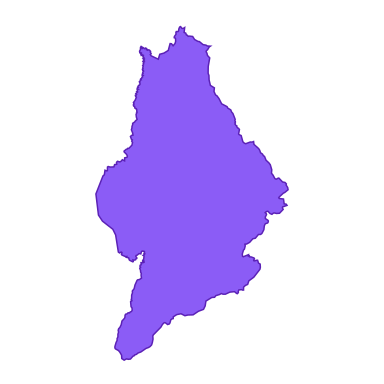 the district of Renacimiento, Chiriquí, Panama, rotated 178°
{"feature_id": "35544464B69135506248692", "entity_name": "Renacimiento", "entity_type": "district", "adm_level": 2, "iso_a3": "PAN", "parent_name": "Panama", "parent_adm1": "Chiriquí", "projection": "natural_earth1", "projection_center": [-82.783, 8.748], "detail": "fine", "context": "isolated", "style": "filled", "palette": "violet", "viewbox_px": 384, "rotation_deg": 178, "n_neighbors": 0, "source": "geoboundaries", "source_scale": "gbopen_adm2", "svg_char_len": 6062}
<svg xmlns="http://www.w3.org/2000/svg" viewBox="0 0 384 384"><g transform="rotate(178 192 192)"><path d="M268.0,28.0L265.7,26.3L263.3,27.5L261.4,27.0L259.3,27.2L256.8,29.9L255.3,30.5L255.1,31.1L253.2,31.7L251.5,33.0L248.7,33.9L243.4,37.3L240.9,38.1L239.3,39.0L237.7,40.6L236.9,42.9L236.1,46.3L236.2,49.5L235.6,50.6L227.9,57.9L226.2,60.6L224.7,62.1L223.8,62.4L223.0,62.1L221.0,60.4L219.3,60.9L218.6,61.9L217.6,65.1L216.4,65.9L215.2,66.1L215.1,67.9L211.5,70.0L207.2,70.7L203.4,68.6L200.5,69.2L195.2,69.2L189.7,72.6L184.6,74.3L182.8,77.7L181.9,82.5L175.9,85.9L173.1,86.0L171.8,87.6L168.0,88.6L166.3,89.5L164.6,88.8L162.2,88.7L157.7,90.6L153.0,90.9L151.0,89.1L150.3,88.8L149.2,89.8L149.2,91.2L148.6,92.5L146.0,92.7L144.9,92.2L143.9,92.2L143.8,94.7L143.5,95.4L141.8,96.8L139.6,97.7L138.3,101.2L133.2,104.7L126.8,112.4L126.3,114.4L126.4,117.6L128.0,118.6L128.8,121.5L129.4,121.6L131.8,121.0L132.7,121.2L132.8,121.8L131.9,123.0L132.3,123.9L135.0,125.0L136.8,125.2L136.9,126.2L137.9,126.0L137.7,127.4L143.0,125.5L143.7,125.9L143.9,128.2L142.6,132.1L141.6,133.1L140.7,136.2L140.9,138.0L139.2,138.1L136.1,139.7L132.9,143.1L130.3,143.6L127.1,147.2L124.9,147.2L123.6,148.1L121.5,151.8L120.9,155.6L120.2,157.2L119.6,157.8L117.5,158.4L117.0,159.1L116.7,160.3L117.0,161.0L119.6,162.9L119.6,164.5L118.3,166.8L118.5,167.7L119.6,168.8L119.1,169.3L117.6,170.1L116.7,170.0L114.8,167.8L112.9,166.9L111.5,168.0L110.5,168.2L108.3,167.6L105.3,167.7L101.5,171.4L102.2,173.0L102.0,173.9L97.5,175.3L98.2,176.5L100.3,177.0L100.8,181.8L105.0,182.5L105.5,183.2L104.9,184.1L100.7,187.7L99.4,188.2L95.9,190.9L96.2,193.1L97.7,195.7L97.4,196.8L98.7,198.3L101.2,198.9L104.6,202.8L105.3,202.9L107.2,201.9L108.3,202.2L108.9,202.9L110.4,206.0L111.9,208.0L111.5,211.4L112.8,216.5L114.1,218.4L116.9,221.2L118.3,225.1L119.3,225.7L120.3,227.5L122.1,228.8L122.9,231.4L123.9,233.1L128.4,237.4L128.7,240.3L130.1,239.8L132.1,239.9L136.6,238.4L137.9,238.9L139.4,240.4L140.9,246.7L142.9,247.7L143.4,248.4L142.4,252.8L143.3,254.1L144.3,254.5L145.0,255.9L144.9,256.5L145.7,256.9L146.7,258.5L146.2,259.5L146.6,260.0L146.2,260.9L146.7,261.9L146.3,263.1L148.4,269.1L149.6,270.5L150.4,272.7L153.3,274.6L154.0,276.1L159.3,279.1L161.8,284.5L163.8,287.4L164.9,288.0L165.3,288.7L166.5,291.7L166.0,295.3L169.9,297.9L171.0,303.4L171.0,307.9L171.7,309.9L171.7,311.0L171.4,316.9L169.6,325.4L171.8,328.0L172.2,330.2L173.0,331.6L172.8,332.5L171.4,333.7L169.7,336.4L168.6,337.1L171.6,337.4L172.9,338.3L175.8,338.9L179.4,342.1L180.8,342.3L184.1,344.3L185.9,347.4L189.1,347.9L190.4,347.7L191.1,348.8L192.1,349.1L192.7,351.0L194.3,351.7L193.6,356.6L194.8,355.9L196.1,355.8L196.6,356.1L197.6,357.7L198.6,357.3L199.4,355.6L199.9,353.2L200.4,352.8L202.1,352.9L202.5,352.1L202.5,350.2L204.2,348.0L204.4,346.8L203.3,346.3L203.1,345.7L203.1,343.0L203.8,341.0L205.8,338.8L207.3,340.9L208.7,341.1L210.8,334.3L215.2,331.8L219.4,330.8L221.1,325.9L228.2,329.6L228.9,330.8L228.0,331.6L228.8,333.3L228.5,334.0L229.6,335.3L230.7,335.6L231.4,335.3L231.7,335.9L232.4,335.8L232.4,337.0L233.4,337.5L234.1,336.8L236.1,338.2L236.4,337.2L236.9,337.1L237.1,337.5L236.8,338.2L237.8,338.4L237.4,339.8L238.4,338.4L238.6,336.1L239.5,334.6L239.3,333.0L238.5,333.0L238.2,332.3L237.7,332.5L237.7,331.8L238.4,331.7L238.0,330.3L236.8,330.8L235.9,330.3L236.5,329.6L235.9,329.0L236.1,328.4L235.4,328.0L235.3,327.4L236.1,327.0L235.1,326.5L235.7,326.0L235.2,325.4L235.7,325.1L235.5,324.6L236.2,324.6L236.5,324.2L235.5,323.7L236.1,323.4L235.7,322.5L236.4,321.7L236.0,320.8L236.9,320.0L236.4,319.1L236.9,317.7L236.6,316.9L237.3,316.4L237.0,315.2L236.5,315.1L236.6,314.6L236.2,314.4L237.1,313.1L236.8,312.2L237.4,311.9L237.8,310.6L236.8,310.2L237.5,309.6L237.4,308.7L238.1,308.3L238.4,307.3L239.2,306.9L238.9,306.0L239.6,306.1L239.9,304.8L240.7,304.2L240.3,303.6L240.6,303.0L240.3,302.7L240.1,301.7L240.9,300.5L241.5,300.5L242.3,299.5L242.0,298.5L242.8,298.4L243.0,297.3L242.3,296.6L243.3,296.6L242.9,294.6L243.7,294.3L243.1,293.6L244.7,292.4L244.0,291.6L245.2,290.7L244.6,290.1L245.0,289.5L244.3,288.6L245.7,285.6L247.4,283.5L246.9,282.9L247.2,282.3L247.0,281.6L247.6,281.1L247.3,279.9L246.4,279.6L246.2,277.9L244.7,277.2L244.8,276.5L244.3,276.1L244.4,274.5L244.0,273.8L244.8,272.9L244.6,272.4L245.2,271.5L245.0,268.8L244.3,266.5L246.4,264.7L246.8,264.0L248.9,262.7L248.9,261.6L249.7,259.6L249.8,258.1L250.4,256.3L249.3,253.2L249.0,250.9L250.4,250.7L251.6,249.6L250.7,246.8L249.8,246.1L250.5,245.0L249.7,243.5L250.4,240.9L253.6,237.8L254.7,237.9L255.2,237.2L256.2,237.0L258.5,235.2L258.4,234.4L256.1,231.9L255.3,230.2L255.8,228.9L258.1,228.5L258.3,225.5L260.5,226.7L261.6,225.4L263.0,224.6L265.4,225.3L266.4,224.3L266.3,222.3L268.4,222.1L269.2,219.8L273.0,219.8L274.9,220.4L275.6,219.9L275.8,216.3L276.6,216.1L278.2,216.8L279.0,212.3L280.4,211.2L288.1,193.4L286.3,172.2L282.5,166.0L272.4,157.5L269.8,151.7L267.7,134.5L266.5,133.6L265.1,134.4L264.4,134.3L264.1,133.7L264.7,132.1L264.2,131.4L260.8,129.8L259.5,129.8L259.9,129.0L257.6,128.4L257.1,126.4L256.5,125.8L253.7,124.3L253.1,124.5L253.3,126.2L252.4,125.9L250.8,126.2L250.3,127.2L249.5,127.5L249.4,128.1L250.4,129.5L250.1,130.5L249.0,130.8L247.1,132.3L245.3,131.9L244.6,134.2L243.9,134.7L241.9,134.4L241.5,133.9L241.8,133.2L241.4,132.3L242.2,131.9L241.7,131.1L243.1,130.4L242.3,129.8L242.2,129.2L242.7,126.5L243.7,125.3L243.4,124.8L243.0,125.4L242.6,125.3L242.3,123.5L243.0,123.2L243.8,124.0L244.5,123.0L245.3,123.1L244.9,122.1L245.5,121.8L245.4,121.0L246.4,120.6L246.6,119.5L246.0,118.6L246.9,117.7L246.1,115.0L246.2,113.9L245.5,112.3L245.8,110.8L245.5,107.7L247.7,106.3L249.2,106.2L250.0,105.6L252.2,101.1L253.2,97.4L255.1,95.1L255.0,93.3L255.9,91.1L256.1,87.4L256.5,86.9L255.8,85.7L256.1,85.1L257.0,85.0L257.2,84.6L256.9,79.5L256.0,78.2L255.9,75.9L256.7,74.7L258.0,74.2L258.6,73.4L260.1,73.5L261.3,72.4L262.6,72.2L263.2,71.2L263.4,69.2L263.9,68.1L266.5,65.5L267.4,61.8L268.8,59.2L270.1,57.9L270.6,56.4L270.3,54.5L271.0,52.5L271.1,49.8L272.0,48.1L272.0,46.4L273.1,44.3L274.4,40.4L274.5,38.9L274.0,37.9L271.0,36.1L269.7,34.4L268.1,31.4L268.0,28.0Z" fill="#8b5cf6" stroke="#5b21b6" stroke-width="1.5"/></g></svg>